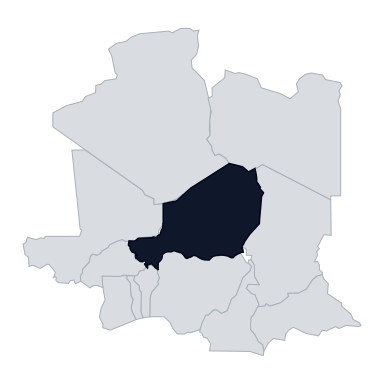 Niger highlighted, Mercator projection
{"feature_id": "NER", "entity_name": "Niger", "entity_type": "country or territory", "adm_level": 0, "iso_a3": "NER", "parent_name": "Africa", "parent_adm1": "", "projection": "mercator", "projection_center": [6.366, 17.607], "detail": "fine", "context": "with_neighbors", "style": "filled", "palette": "ink", "viewbox_px": 384, "rotation_deg": 0, "n_neighbors": 11, "source": "natural_earth", "source_scale": "50m", "svg_char_len": 8626}
<svg xmlns="http://www.w3.org/2000/svg" viewBox="0 0 384 384"><path d="M330.7,199.7L331.2,235.3L323.8,234.7L317.6,246.7L319.4,248.7L316.6,251.4L317.6,255.1L314.5,262.0L317.5,261.4L319.3,264.8L319.4,269.9L322.5,272.5L322.4,274.6L317.0,276.1L312.7,279.6L306.5,289.1L298.5,293.1L287.8,293.3L288.6,296.4L280.6,302.8L269.8,306.1L266.2,303.9L264.7,306.1L257.6,306.8L258.9,304.5L255.0,294.9L251.3,293.5L246.3,288.4L248.1,284.3L259.2,284.7L254.6,276.8L254.3,265.2L250.9,259.6L251.8,255.4L246.3,255.2L246.3,249.6L242.7,246.3L246.4,234.7L257.3,226.3L257.8,214.6L261.1,196.3L262.9,192.4L259.4,189.3L259.2,186.3L256.0,184.0L253.9,169.6L262.6,164.5L330.7,199.7Z" fill="#d9dde1" stroke="#a8b0b8" stroke-width="1"/><path d="M29.1,266.4L28.3,257.1L25.1,254.6L23.0,244.1L25.9,242.5L27.4,237.3L36.0,239.6L40.8,237.8L44.2,238.4L45.4,236.4L79.7,236.3L81.6,230.1L80.1,229.0L71.9,150.1L85.0,149.9L142.6,190.3L144.7,194.6L153.9,198.7L154.0,204.5L163.5,203.6L163.5,224.3L158.9,230.2L158.1,235.7L138.9,237.9L135.7,241.0L124.8,241.4L122.6,239.7L117.9,241.0L109.9,244.6L108.3,247.4L101.7,251.3L100.5,253.6L96.9,255.4L92.8,254.2L90.5,256.3L89.2,262.4L82.4,269.6L82.6,272.5L80.3,276.2L80.9,281.3L75.3,283.7L74.0,280.0L70.1,280.8L68.5,283.3L58.4,282.7L55.8,280.2L56.3,277.6L55.2,276.6L53.4,277.5L55.5,272.4L49.0,264.4L47.3,264.2L40.2,268.5L32.7,265.2L29.1,266.4Z" fill="#d9dde1" stroke="#a8b0b8" stroke-width="1"/><path d="M150.0,316.8L143.0,317.8L140.9,311.9L141.3,292.1L139.5,290.3L139.2,286.0L133.6,280.4L134.7,275.8L137.7,274.9L139.4,271.0L143.6,270.2L148.3,265.1L151.4,265.0L157.9,270.1L157.6,273.0L159.5,278.1L157.8,281.6L158.7,284.0L151.9,292.0L150.3,297.4L150.0,316.8Z" fill="#d9dde1" stroke="#a8b0b8" stroke-width="1"/><path d="M150.0,316.8L150.3,297.4L151.9,292.0L158.7,284.0L157.8,281.6L159.5,278.1L157.6,273.0L158.5,262.3L160.9,258.7L162.1,253.7L164.4,251.8L173.6,250.7L182.1,254.0L185.3,257.3L189.7,257.5L193.7,255.3L204.1,259.9L208.4,259.6L213.5,255.9L218.5,256.2L220.9,254.9L232.2,258.0L238.8,253.1L240.9,253.5L246.6,263.1L248.2,262.9L251.6,266.3L250.2,270.8L243.0,277.6L236.0,295.6L231.5,299.2L227.4,310.6L221.5,313.5L216.7,310.0L213.5,310.1L208.4,315.1L205.9,315.2L199.7,329.6L190.8,332.7L187.6,332.2L184.3,334.1L177.4,333.9L172.9,328.6L170.1,322.4L164.0,316.7L150.0,316.8Z" fill="#d9dde1" stroke="#a8b0b8" stroke-width="1"/><path d="M250.9,259.6L254.3,265.2L254.6,276.8L259.2,284.7L248.1,284.3L246.3,288.4L251.3,293.5L255.0,294.9L258.9,304.5L253.3,315.5L251.3,317.1L250.8,329.9L254.8,334.4L258.7,341.9L262.6,344.6L263.9,351.0L263.3,355.6L249.6,351.4L209.5,350.9L210.7,344.1L207.4,338.5L203.5,337.0L201.8,333.2L199.6,331.9L201.9,323.5L205.9,315.2L208.4,315.1L213.5,310.1L216.7,310.0L221.5,313.5L227.4,310.6L231.5,299.2L236.0,295.6L243.0,277.6L250.2,270.8L251.6,266.3L248.2,262.9L248.5,260.1L250.9,259.6Z" fill="#d9dde1" stroke="#a8b0b8" stroke-width="1"/><path d="M134.7,275.8L133.6,280.4L139.2,286.0L139.5,290.3L141.3,292.1L140.9,311.9L143.0,317.8L136.1,319.6L131.9,311.2L131.2,306.9L133.1,299.1L131.0,296.0L130.2,282.8L126.6,278.4L127.2,275.7L134.7,275.8Z" fill="#d9dde1" stroke="#a8b0b8" stroke-width="1"/><path d="M127.2,275.7L126.6,278.4L130.2,282.8L131.0,296.0L133.1,299.1L131.2,306.9L131.9,311.2L136.1,319.6L110.3,330.1L102.6,327.7L103.0,324.3L99.3,316.9L101.5,307.2L105.1,299.9L101.7,281.1L101.9,276.1L127.2,275.7Z" fill="#d9dde1" stroke="#a8b0b8" stroke-width="1"/><path d="M80.9,281.3L80.3,276.2L82.6,272.5L82.4,269.6L89.2,262.4L90.5,256.3L92.8,254.2L96.9,255.4L100.5,253.6L101.7,251.3L108.3,247.4L109.9,244.6L117.9,241.0L122.6,239.7L124.8,241.4L130.2,241.4L129.6,245.6L130.7,249.7L135.5,255.4L135.8,259.6L145.6,261.6L145.5,267.6L143.6,270.2L139.4,271.0L137.7,274.9L134.7,275.8L123.3,275.0L120.5,276.4L101.9,276.1L102.9,287.6L97.0,285.4L93.0,285.7L90.0,287.9L80.9,281.3Z" fill="#d9dde1" stroke="#a8b0b8" stroke-width="1"/><path d="M361.0,325.6L358.1,326.5L346.2,325.4L339.0,328.5L335.6,326.7L326.1,331.0L322.2,330.1L318.5,335.9L305.9,333.4L293.4,327.3L288.8,330.1L285.5,334.5L284.7,340.4L273.4,338.5L268.4,343.1L263.9,351.0L262.6,344.6L258.7,341.9L254.8,334.4L250.8,329.9L250.6,323.7L251.3,317.1L253.3,315.5L257.6,306.8L264.7,306.1L266.2,303.9L269.8,306.1L280.6,302.8L288.6,296.4L287.8,293.3L298.5,293.1L306.5,289.1L312.7,279.6L317.0,276.1L322.4,274.6L323.4,278.3L328.3,283.7L327.5,293.6L341.7,303.3L341.7,306.1L351.0,314.3L353.2,319.5L359.6,322.9L361.0,325.6Z" fill="#d9dde1" stroke="#a8b0b8" stroke-width="1"/><path d="M52.8,126.8L52.9,112.8L66.7,105.6L82.2,101.4L85.5,96.5L95.5,92.6L95.9,85.2L100.8,84.3L104.7,80.6L115.9,78.9L117.4,74.9L115.2,72.8L111.7,55.7L108.5,49.0L116.7,43.3L126.0,41.4L131.3,37.1L139.6,33.8L168.2,31.1L172.5,32.7L180.6,28.5L189.7,28.4L193.2,30.9L199.0,30.2L197.3,35.7L198.6,45.7L196.6,54.4L191.3,60.1L192.1,67.9L204.4,80.5L210.8,107.1L209.3,129.3L210.1,135.3L206.7,139.3L211.7,146.2L212.1,150.2L215.1,155.5L219.1,153.8L225.8,158.1L229.6,164.0L200.3,181.6L175.6,199.5L163.5,203.6L154.0,204.5L153.9,198.7L144.7,194.6L142.6,190.3L52.8,126.8Z" fill="#d9dde1" stroke="#a8b0b8" stroke-width="1"/><path d="M340.7,108.9L340.7,195.9L330.8,195.9L330.7,199.7L262.6,164.5L247.9,173.1L243.1,168.0L229.6,164.0L225.8,158.1L219.1,153.8L215.1,155.5L212.1,150.2L211.7,146.2L206.7,139.3L210.1,135.3L209.8,119.6L211.3,111.7L208.1,98.4L212.2,96.1L212.1,87.8L224.7,77.8L225.2,70.0L235.3,73.5L238.8,72.6L246.0,74.3L257.3,78.8L261.3,87.8L281.0,93.9L290.1,98.8L298.4,91.7L296.4,84.0L299.1,79.1L305.2,74.4L311.1,73.0L322.7,75.1L325.6,79.6L340.0,82.5L342.1,85.8L339.0,90.6L340.3,94.9L338.1,101.0L340.7,108.9Z" fill="#d9dde1" stroke="#a8b0b8" stroke-width="1"/><path d="M243.3,252.2L241.8,252.2L240.9,252.5L239.8,253.3L238.5,253.6L237.0,254.4L236.1,255.0L235.2,255.5L233.9,256.6L233.5,257.5L232.3,257.7L230.6,257.5L229.5,256.7L227.0,255.7L225.3,255.4L224.6,255.2L220.7,255.1L216.6,255.4L214.5,255.9L214.1,256.0L212.9,256.5L211.9,257.2L209.2,260.0L205.7,259.9L203.6,259.6L201.8,259.1L199.3,257.8L196.2,255.8L195.0,255.5L194.0,255.4L193.6,255.4L189.9,257.4L189.2,257.4L188.3,257.6L187.8,258.1L187.3,258.3L186.9,258.4L186.3,258.3L185.8,258.0L185.2,257.4L183.7,255.1L183.4,254.8L182.7,254.1L181.6,253.0L180.9,252.6L180.4,252.4L179.9,252.5L176.9,251.6L174.0,250.7L173.3,250.8L172.9,251.0L171.8,251.7L170.6,251.8L169.1,251.8L168.3,251.7L166.9,251.9L166.0,252.2L164.8,252.7L163.3,253.9L162.9,254.1L162.5,254.3L162.0,257.9L161.6,258.9L160.8,260.3L159.3,261.7L158.2,262.5L158.2,263.6L158.1,265.3L158.1,266.6L158.2,267.4L158.0,267.7L157.9,268.1L158.0,268.6L158.2,268.8L158.4,269.2L158.3,269.4L157.8,269.7L157.2,269.0L156.5,268.4L155.8,268.1L155.2,267.7L155.0,267.2L154.0,266.1L151.6,263.9L151.4,263.8L151.0,263.7L150.4,264.0L150.0,264.4L149.7,264.5L149.2,264.5L148.1,264.8L147.3,265.2L147.2,265.4L147.7,267.1L147.5,268.0L147.1,267.6L145.8,265.9L144.9,264.7L144.8,264.4L144.6,264.0L144.7,263.8L145.1,263.7L145.9,263.5L146.0,263.4L146.1,263.0L145.9,262.4L145.5,261.5L145.0,261.0L144.8,260.8L144.3,260.8L143.8,260.9L142.8,261.6L142.3,261.7L141.3,261.7L140.4,261.5L139.9,261.2L138.2,259.8L136.4,258.3L135.7,258.1L135.4,256.8L135.4,255.5L135.5,255.1L136.2,255.4L137.0,255.5L137.3,255.2L136.7,254.7L135.7,254.2L135.4,253.5L135.1,253.2L134.7,253.0L134.2,252.8L133.8,252.6L133.4,252.4L132.9,252.3L132.3,252.2L131.5,251.0L130.7,249.8L130.2,248.9L130.1,248.3L130.3,247.4L130.1,247.0L129.2,246.1L128.4,245.2L128.6,243.8L128.8,242.6L128.8,241.9L128.9,241.5L129.0,241.0L129.5,240.9L130.7,240.9L133.2,241.1L135.1,240.9L136.6,239.6L138.2,238.3L140.5,238.2L142.9,238.1L144.9,238.0L147.7,237.9L150.0,237.8L152.7,237.7L152.8,237.1L153.2,236.9L155.1,237.3L157.0,237.6L157.1,236.4L158.7,235.0L159.7,234.8L159.9,234.5L160.2,234.0L160.4,233.3L160.4,232.8L160.8,232.3L161.0,231.5L161.3,230.1L162.3,228.7L162.8,226.7L162.9,224.8L163.0,223.3L163.2,223.0L163.2,220.4L163.2,217.7L163.2,215.5L163.2,212.7L163.2,210.3L163.2,207.6L163.2,205.3L163.2,203.7L165.0,203.3L167.0,202.9L169.8,202.3L172.8,201.7L176.2,201.0L176.9,200.6L179.4,198.3L180.6,197.3L182.8,195.2L184.6,193.7L186.8,191.6L189.1,189.6L191.0,187.9L193.9,186.1L198.3,183.3L202.8,180.5L207.2,177.7L211.6,174.9L216.0,172.0L220.5,169.2L224.9,166.4L229.3,163.5L233.8,164.6L238.0,165.6L242.2,166.7L243.2,167.2L245.5,169.3L248.4,171.8L248.5,171.9L251.4,170.4L255.0,168.4L256.0,173.7L256.7,178.3L256.7,181.2L256.8,182.0L257.1,182.5L257.7,183.0L260.4,187.2L259.8,187.9L260.2,189.2L260.9,189.8L263.2,192.3L263.5,192.8L263.3,193.2L261.8,196.1L261.5,196.8L261.2,200.5L261.0,203.1L260.7,206.7L260.3,211.0L260.0,214.6L259.6,219.3L259.3,223.8L257.0,226.2L253.1,230.6L249.8,234.1L248.2,236.4L245.0,241.0L243.6,244.0L242.5,245.5L242.0,246.2L242.5,248.4L243.3,252.2Z" fill="#0f172a" stroke="#020617" stroke-width="1.5"/></svg>